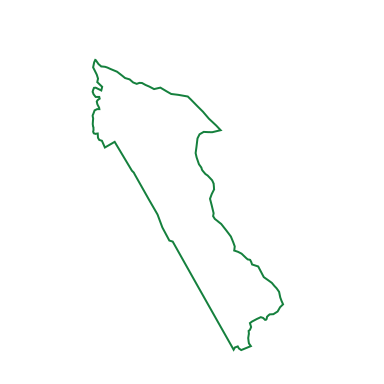 the district of Lapai, Niger, Nigeria, rotated 150°
{"feature_id": "59680162B14261849329471", "entity_name": "Lapai", "entity_type": "district", "adm_level": 2, "iso_a3": "NGA", "parent_name": "Nigeria", "parent_adm1": "Niger", "projection": "robinson", "projection_center": [6.661, 8.736], "detail": "fine", "context": "isolated", "style": "outline", "palette": "green", "viewbox_px": 384, "rotation_deg": 150, "n_neighbors": 0, "source": "geoboundaries", "source_scale": "gbopen_adm2", "svg_char_len": 2902}
<svg xmlns="http://www.w3.org/2000/svg" viewBox="0 0 384 384"><g transform="rotate(150 192 192)"><path d="M136.3,231.2L137.8,237.5L140.7,247.0L142.2,255.1L142.3,255.7L142.3,255.8L142.6,256.9L144.4,263.5L146.9,273.3L147.0,273.5L147.9,276.8L155.3,283.0L161.0,287.3L163.4,291.4L167.2,298.2L173.4,300.1L176.3,304.7L178.7,307.9L180.8,311.4L183.0,312.8L185.8,313.3L188.2,316.3L189.7,320.7L193.0,324.2L194.2,327.4L196.8,333.7L201.1,339.3L203.0,342.0L204.7,343.9L205.8,344.7L207.2,345.7L207.4,345.8L207.6,346.0L207.8,346.1L207.8,346.3L208.0,346.6L208.1,346.9L208.7,348.7L208.9,349.2L209.0,349.4L209.4,354.2L209.5,354.3L209.6,354.7L209.7,354.8L211.9,353.2L215.3,349.4L215.8,341.2L216.7,337.2L218.4,335.3L219.1,334.5L217.2,328.0L219.8,325.3L222.2,328.9L222.9,330.0L223.1,330.2L223.3,330.5L224.8,331.2L225.0,331.1L225.2,330.9L225.3,330.8L226.3,330.0L226.5,329.9L227.9,328.5L227.9,328.4L228.0,328.3L228.0,327.9L228.1,327.4L228.4,325.8L227.9,322.5L224.8,320.7L225.3,319.0L225.5,319.0L225.9,319.0L226.7,318.9L227.7,318.8L227.8,318.7L228.1,318.5L228.3,318.5L228.6,318.3L228.9,318.2L229.3,317.9L230.1,315.2L230.3,311.4L230.8,310.1L232.7,311.2L235.5,311.4L238.4,309.0L238.5,308.9L239.0,308.6L239.8,307.9L239.9,307.7L240.0,307.5L240.1,307.3L240.6,305.9L240.7,305.4L240.8,305.2L241.1,304.7L241.6,304.0L241.7,303.9L243.9,300.6L244.0,300.4L244.2,300.0L244.5,299.2L244.6,298.9L244.8,298.6L244.8,298.4L245.0,297.8L245.0,297.6L245.0,297.3L245.1,297.2L246.3,294.9L247.5,293.6L247.7,291.9L246.5,290.6L246.4,290.6L245.9,290.4L245.6,290.3L244.4,289.8L246.3,286.0L246.3,283.5L244.4,281.4L245.2,274.1L233.9,274.1L233.4,240.5L232.7,237.9L232.8,236.1L233.1,206.4L233.1,189.7L235.4,176.1L235.9,161.3L233.5,158.7L233.7,141.6L234.0,116.8L234.5,68.5L234.8,34.6L232.6,35.9L229.6,35.4L229.6,33.0L228.4,30.5L218.1,29.1L218.4,32.4L217.6,34.5L216.3,37.5L216.2,37.6L215.8,38.1L214.2,40.1L213.9,40.5L213.7,40.6L212.4,43.4L210.7,43.7L208.3,45.5L207.4,49.5L204.9,49.8L199.3,49.6L195.0,49.2L193.4,47.4L192.6,44.7L191.7,44.4L190.9,44.7L189.3,46.5L188.3,46.7L188.1,46.7L187.7,46.9L187.4,46.9L187.2,47.0L186.9,47.0L186.0,47.2L182.6,45.5L177.6,45.7L173.3,48.2L169.3,49.2L168.9,53.0L168.3,56.5L166.5,62.0L166.9,66.4L167.6,69.3L168.3,73.4L170.0,77.2L172.4,82.4L171.9,94.4L176.2,99.2L175.7,101.8L175.6,104.1L175.9,104.5L177.4,105.7L178.0,107.3L179.9,113.8L182.0,117.1L184.7,120.2L184.6,120.3L182.2,123.5L181.4,128.0L180.6,134.0L181.5,141.4L182.7,149.8L182.8,150.0L183.1,150.7L185.7,157.3L185.8,160.5L183.9,162.8L181.6,170.6L179.8,177.1L176.0,180.3L171.6,183.2L171.6,183.3L170.6,185.2L169.2,188.2L169.1,188.3L169.1,188.5L169.1,188.8L169.0,189.1L168.8,191.1L168.8,191.6L168.7,191.9L168.7,192.0L170.2,198.4L171.4,200.9L172.2,205.4L172.2,206.5L171.7,208.4L172.1,212.6L170.7,219.7L169.4,223.9L165.6,228.8L160.5,235.6L160.4,235.7L156.6,238.2L151.8,238.2L147.5,235.4L144.4,233.6L141.3,232.7L136.3,231.2Z" fill="none" stroke="#15803d" stroke-width="2"/></g></svg>